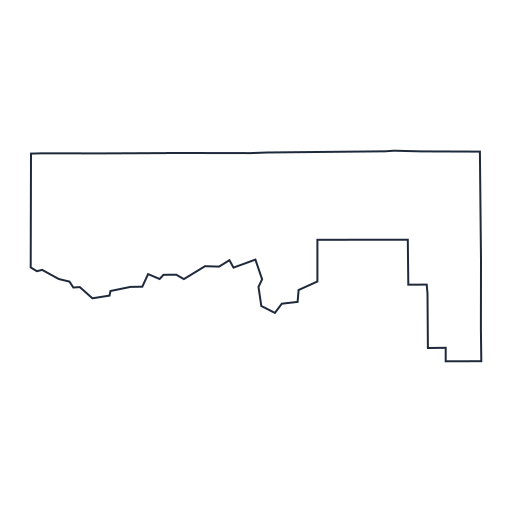 outline of Daggett, Utah, United States of America
{"feature_id": "52423323B11713615071349", "entity_name": "Daggett", "entity_type": "district", "adm_level": 2, "iso_a3": "USA", "parent_name": "United States of America", "parent_adm1": "Utah", "projection": "equal_earth", "projection_center": [-109.574, 40.832], "detail": "fine", "context": "isolated", "style": "outline", "palette": "slate", "viewbox_px": 512, "rotation_deg": 0, "n_neighbors": 0, "source": "geoboundaries", "source_scale": "gbopen_adm2", "svg_char_len": 798}
<svg xmlns="http://www.w3.org/2000/svg" viewBox="0 0 512 512"><path d="M30.7,267.4L36.8,271.2L42.2,269.9L58.7,279.0L69.5,281.6L73.3,287.5L79.8,287.1L92.4,298.3L109.5,295.6L110.5,291.0L130.5,286.9L142.3,286.7L148.1,274.1L159.6,279.0L163.5,274.8L176.2,274.7L183.9,279.1L205.0,266.2L219.1,266.6L229.4,260.2L233.5,267.6L255.4,259.6L262.1,279.3L258.5,286.9L261.3,306.0L274.9,312.9L281.8,303.7L297.6,301.9L298.6,290.0L317.4,281.5L317.4,239.8L407.8,239.7L408.3,284.7L426.7,284.6L427.5,293.6L427.9,348.0L445.7,347.8L445.7,361.3L481.3,361.2L480.9,328.9L481.0,259.7L479.9,151.6L421.6,151.4L394.0,150.7L385.2,151.3L267.1,152.5L250.9,153.1L246.8,153.1L184.1,153.0L166.4,153.0L165.7,153.1L100.1,153.4L99.6,153.4L42.9,153.3L31.4,153.6L31.0,153.6L30.7,267.4Z" fill="none" stroke="#1e293b" stroke-width="2"/></svg>